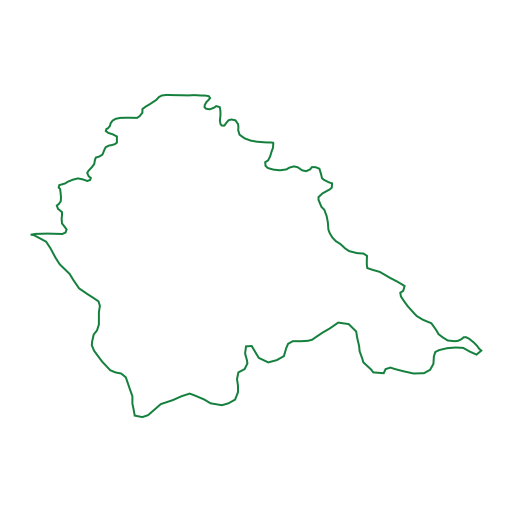 outline of Naroulia, Gomel, Belarus
{"feature_id": "67162791B29889808776469", "entity_name": "Naroulia", "entity_type": "district", "adm_level": 2, "iso_a3": "BLR", "parent_name": "Belarus", "parent_adm1": "Gomel", "projection": "robinson", "projection_center": [29.526, 51.623], "detail": "fine", "context": "isolated", "style": "outline", "palette": "green", "viewbox_px": 512, "rotation_deg": 0, "n_neighbors": 0, "source": "geoboundaries", "source_scale": "gbopen_adm2", "svg_char_len": 3502}
<svg xmlns="http://www.w3.org/2000/svg" viewBox="0 0 512 512"><path d="M273.2,142.8L271.3,142.5L265.8,142.4L261.8,142.1L256.8,141.7L250.7,140.6L244.9,138.5L241.7,136.3L239.5,134.6L238.2,130.2L238.4,126.9L238.0,124.0L235.4,120.3L231.5,119.5L228.6,120.2L226.4,122.8L224.3,125.6L221.9,125.6L220.6,124.3L219.9,120.8L220.5,114.3L220.3,109.9L219.7,107.1L216.2,106.1L213.9,107.8L209.7,109.3L206.0,108.7L204.5,107.2L204.8,104.9L206.4,102.1L208.5,100.0L210.1,98.1L208.8,96.2L205.7,95.6L200.9,95.5L194.2,95.1L188.4,95.4L178.7,95.2L172.7,95.1L166.7,94.9L161.8,95.5L159.0,97.0L156.2,100.0L152.8,102.2L149.8,104.2L145.7,106.6L142.5,109.0L142.4,109.2L142.4,112.7L139.7,116.1L137.1,117.9L127.9,117.7L120.2,117.9L115.7,118.8L112.6,120.6L110.7,123.1L109.9,126.0L108.0,128.3L106.5,128.9L105.8,131.0L108.1,132.8L112.9,134.4L116.9,136.5L116.9,140.5L116.9,142.6L114.8,144.2L111.6,145.1L108.9,145.6L105.7,147.2L104.5,149.5L103.0,153.3L102.4,154.6L99.2,156.6L95.9,157.5L95.0,159.7L94.2,164.1L91.9,167.1L88.5,170.8L87.2,173.0L88.7,176.3L90.8,177.9L90.2,179.9L87.4,181.0L82.8,179.4L78.0,178.4L72.8,179.7L67.9,181.7L65.0,183.5L59.3,185.1L58.7,187.6L60.1,188.9L60.6,192.9L61.0,197.5L60.7,201.4L58.9,203.9L56.8,205.5L58.0,208.8L62.0,212.1L62.0,215.2L61.6,218.7L62.0,223.4L64.3,226.4L66.6,229.4L65.5,232.6L62.2,234.0L55.2,233.8L47.7,233.6L35.9,233.9L30.7,234.7L33.8,235.1L40.0,238.4L46.1,241.7L50.3,248.0L55.5,257.7L59.7,264.3L69.7,274.0L73.0,279.5L79.1,288.4L88.5,294.8L93.7,298.1L98.5,301.4L99.9,305.9L98.9,312.2L98.9,317.4L98.9,324.5L97.0,330.4L93.7,334.5L92.2,341.2L91.8,345.3L94.1,350.8L102.1,361.6L110.2,370.2L115.4,372.4L121.1,373.5L125.8,377.3L127.7,382.8L129.6,388.4L132.4,396.2L132.4,403.7L133.8,410.4L134.7,415.6L142.3,417.1L148.0,415.2L152.3,411.5L160.8,404.1L173.1,400.0L181.6,396.2L189.7,393.6L195.8,395.9L204.4,399.6L210.5,403.3L221.9,405.2L228.5,403.3L235.1,399.6L238.0,392.1L238.0,385.8L237.0,379.1L238.4,372.4L244.6,369.1L247.4,363.5L247.0,360.5L245.1,353.5L246.0,346.4L251.7,346.0L255.9,353.1L258.8,357.9L268.3,362.4L276.8,360.1L283.9,356.1L286.2,348.2L288.1,343.8L292.8,341.2L301.4,341.2L308.0,340.8L312.2,339.7L316.5,336.7L322.6,332.6L329.7,328.5L338.2,322.6L348.7,324.1L356.2,331.5L357.2,337.8L359.1,346.0L359.6,351.2L362.4,359.0L363.4,362.4L371.0,369.4L373.3,372.4L383.7,373.2L385.6,369.1L390.4,367.6L395.1,369.1L403.6,371.3L413.6,373.5L424.0,373.2L430.1,369.8L433.4,363.9L433.9,356.4L435.3,352.0L439.1,350.1L447.1,348.2L455.6,347.5L463.2,347.9L469.8,351.6L476.5,354.6L479.3,352.3L481.3,350.6L479.2,348.8L477.1,345.9L473.8,342.5L469.2,338.8L466.0,337.2L463.6,337.3L461.6,339.1L458.1,340.8L454.6,341.2L447.7,340.5L442.6,337.3L438.5,334.1L436.4,330.4L434.4,327.5L431.3,323.2L426.8,321.4L422.6,319.6L416.8,316.1L413.9,313.1L407.6,306.1L403.7,300.7L400.9,296.4L400.3,292.7L403.2,290.9L404.6,286.0L400.8,283.7L396.5,281.2L389.9,277.8L384.1,274.4L379.8,271.9L372.8,269.9L367.3,268.1L366.8,264.5L366.8,260.8L367.0,255.9L363.6,253.6L356.9,253.1L349.1,251.1L345.1,248.4L340.5,244.1L335.9,241.2L332.4,237.6L329.8,233.3L328.4,229.6L327.8,222.0L326.6,215.9L324.3,209.8L321.4,206.8L318.5,199.8L318.5,197.1L322.6,193.3L326.3,191.3L329.8,189.4L331.8,187.6L332.1,183.4L328.6,182.2L323.7,179.7L322.0,178.2L321.1,174.3L319.4,168.7L315.3,167.1L311.9,167.1L310.1,169.4L306.1,171.2L302.1,170.3L297.8,167.3L294.0,166.4L289.4,167.6L286.5,169.4L279.9,170.3L273.3,169.6L267.8,168.0L265.5,165.8L265.2,162.2L268.1,160.4L270.1,156.5L271.5,151.8L273.0,147.7L273.3,143.0L273.2,142.8Z" fill="none" stroke="#15803d" stroke-width="2"/></svg>